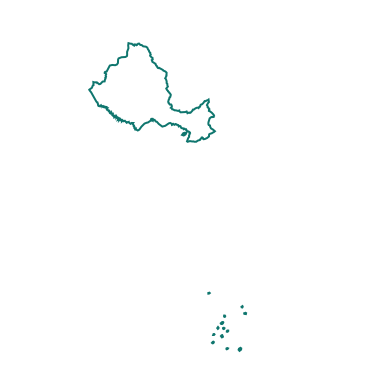 Mamuju, Sulawesi Barat, Indonesia, rotated 238°
{"feature_id": "22746128B65468173429736", "entity_name": "Mamuju", "entity_type": "district", "adm_level": 2, "iso_a3": "IDN", "parent_name": "Indonesia", "parent_adm1": "Sulawesi Barat", "projection": "mercator", "projection_center": [119.254, -2.427], "detail": "fine", "context": "isolated", "style": "outline", "palette": "teal", "viewbox_px": 384, "rotation_deg": 238, "n_neighbors": 0, "source": "geoboundaries", "source_scale": "gbopen_adm2", "svg_char_len": 6057}
<svg xmlns="http://www.w3.org/2000/svg" viewBox="0 0 384 384"><g transform="rotate(238 192 192)"><path d="M337.5,166.6L334.8,165.1L334.9,164.3L333.4,162.3L333.2,159.1L332.6,159.0L329.9,159.3L319.5,158.8L318.7,158.9L318.1,159.3L317.6,159.0L317.0,159.1L315.6,158.4L314.5,158.3L313.4,159.4L313.6,159.7L313.3,159.7L313.2,160.0L313.4,160.6L313.0,160.5L312.9,161.0L312.1,161.8L311.9,161.6L311.9,162.1L311.5,162.1L311.4,162.4L310.7,162.1L310.3,162.6L310.4,162.8L310.1,162.9L310.2,163.2L309.9,163.3L310.3,163.5L309.3,164.7L308.4,164.5L307.8,164.0L307.7,164.3L307.5,163.9L307.0,163.9L306.7,163.6L305.8,164.3L305.6,164.2L305.1,164.6L304.8,164.4L304.7,164.7L304.2,164.6L304.3,164.9L303.6,164.9L303.0,164.4L302.2,164.6L302.3,164.9L302.1,164.4L301.7,164.6L301.9,164.9L301.6,165.1L301.7,165.3L301.3,165.1L301.6,165.5L301.1,165.4L301.0,165.9L300.4,166.2L300.3,165.9L300.3,166.3L300.0,166.2L300.1,166.4L299.4,165.4L298.6,166.0L298.4,165.7L298.2,165.8L298.3,165.5L297.7,165.7L297.3,166.0L297.5,166.2L297.0,165.9L297.1,166.6L296.8,166.4L296.7,166.8L296.3,166.4L296.2,166.9L295.7,167.3L295.8,167.5L295.4,167.3L295.7,167.9L295.2,167.9L295.4,168.1L295.2,168.2L295.5,168.2L295.1,168.3L295.2,168.6L294.9,168.3L294.6,168.5L294.5,168.2L294.2,168.6L294.3,168.0L293.9,168.3L294.1,168.5L293.8,168.3L293.6,168.7L293.1,168.3L293.0,168.6L292.4,167.6L292.3,168.2L291.8,168.3L292.0,168.8L291.8,169.0L291.6,168.8L291.7,169.2L291.4,169.1L290.9,169.4L291.1,169.6L290.9,169.7L291.0,169.9L290.7,169.9L290.8,170.1L290.6,170.4L290.5,170.2L289.7,170.8L289.1,170.3L289.2,170.9L288.8,171.5L288.2,171.6L288.0,172.8L285.3,173.3L285.3,173.8L285.7,174.0L285.2,174.6L285.0,175.4L284.7,175.2L282.4,176.0L282.6,177.3L281.7,178.7L281.2,177.7L279.1,178.0L278.8,177.4L278.2,177.4L277.5,177.7L276.8,177.0L276.1,177.3L275.7,178.1L275.4,177.9L275.5,177.1L275.1,176.9L274.1,178.0L272.9,178.6L272.8,179.7L272.9,180.6L274.2,183.7L275.2,188.0L274.7,190.6L274.3,191.2L274.4,194.6L273.7,196.2L273.3,196.4L273.8,196.7L273.9,196.4L275.2,195.7L275.6,196.2L275.4,196.7L274.9,197.5L273.4,197.7L273.0,198.5L271.1,198.6L270.2,199.4L267.3,199.9L263.2,201.5L262.3,204.4L262.5,208.7L262.1,210.1L260.4,211.0L259.5,210.6L259.4,211.2L259.8,211.5L259.5,211.7L259.7,212.2L258.2,212.9L258.4,214.0L257.6,214.7L257.1,214.7L256.2,215.7L254.6,215.5L254.5,216.7L253.7,217.1L252.4,216.8L251.7,217.0L250.6,218.3L249.7,218.2L249.6,219.3L248.2,219.7L248.2,220.2L246.3,220.1L245.1,220.9L245.1,221.2L243.5,221.8L243.0,221.6L242.9,220.9L242.0,220.4L241.5,219.4L240.3,218.8L239.7,217.3L237.6,214.6L236.9,214.9L236.3,217.2L234.7,219.0L234.2,220.0L233.5,220.5L232.4,222.2L232.5,224.3L231.9,226.2L232.0,226.5L232.3,226.6L232.6,228.3L233.1,229.0L233.0,229.5L232.0,229.9L231.0,229.6L230.6,229.8L230.1,231.1L229.8,233.4L230.1,235.8L231.8,237.1L231.8,238.2L231.3,239.9L231.4,241.0L231.2,242.0L231.4,243.6L233.8,242.9L235.9,241.8L237.7,242.0L238.9,242.5L239.9,241.7L241.0,241.9L242.4,242.9L245.1,246.0L245.3,247.8L245.1,248.8L244.5,249.3L244.2,250.2L244.8,250.6L244.9,251.1L246.0,251.3L248.7,250.8L250.6,250.1L251.8,249.3L252.6,249.9L252.6,250.3L253.3,250.7L254.1,250.3L254.8,250.6L255.7,250.2L256.3,250.7L257.8,250.7L259.0,252.9L259.3,254.0L261.6,255.0L261.5,254.0L261.9,252.7L261.8,251.6L262.4,250.9L261.4,248.6L261.1,246.9L261.4,245.6L260.8,244.7L260.1,244.1L260.3,243.2L259.7,242.1L260.3,241.9L261.0,240.4L261.1,238.8L260.9,237.3L261.4,236.5L261.2,236.0L260.8,235.7L260.0,232.7L260.7,231.9L260.6,231.4L261.3,230.8L261.3,229.9L263.1,230.1L263.4,228.6L265.6,224.6L267.4,224.0L267.9,224.3L268.2,223.1L269.8,221.6L270.4,220.6L272.2,219.6L272.7,219.0L273.8,219.2L274.6,218.7L275.0,220.1L276.3,220.7L277.4,220.6L277.8,219.6L278.7,219.4L279.4,219.6L279.9,219.3L281.1,219.6L282.8,221.4L283.0,222.1L284.1,223.0L284.1,223.9L285.6,225.5L286.7,225.6L287.8,225.3L288.2,225.5L290.1,225.0L290.5,225.2L291.8,224.9L293.4,225.0L294.2,227.4L295.4,227.6L296.9,228.4L297.8,228.2L299.4,229.2L301.6,229.7L302.6,229.5L304.1,232.0L304.7,232.1L304.9,232.5L306.7,233.7L308.3,233.3L310.2,232.0L310.9,232.0L314.7,229.9L314.6,229.5L315.3,228.8L316.4,228.7L317.1,229.0L318.2,228.6L320.2,229.0L320.6,228.6L321.8,228.2L323.3,227.4L325.2,227.8L325.2,228.9L326.8,229.6L327.4,229.1L329.7,228.7L330.1,228.9L330.4,229.8L331.7,230.0L332.3,230.4L332.9,230.1L334.0,230.1L334.6,230.4L336.4,230.3L338.2,230.6L339.7,229.9L341.4,227.8L343.3,227.2L344.1,226.1L345.9,225.8L346.3,224.9L345.9,223.4L346.3,223.1L346.1,222.7L347.0,222.3L347.5,221.6L347.0,221.4L346.7,220.6L348.3,219.8L349.6,219.5L350.4,218.4L351.9,217.0L350.2,215.6L347.6,214.3L345.2,211.2L342.4,209.5L341.7,208.7L341.8,207.0L343.6,203.7L344.2,200.6L343.6,199.6L340.6,197.5L339.9,195.9L340.2,194.1L342.0,191.7L342.8,189.3L339.4,183.5L339.9,182.0L339.7,181.4L339.1,181.0L338.2,181.7L337.4,181.7L336.3,180.3L335.3,180.2L335.1,179.7L334.7,179.4L334.7,178.9L333.9,178.7L333.6,177.9L332.1,176.5L333.0,174.7L332.2,171.6L332.6,170.4L334.9,169.6L334.9,169.3L335.5,169.3L336.8,167.2L337.5,166.6ZM245.3,218.6L246.1,217.3L246.2,216.2L246.5,215.9L245.7,213.8L244.3,214.9L244.2,215.9L244.3,217.1L244.6,217.7L245.3,218.6ZM33.5,147.9L32.1,148.1L32.3,150.1L33.3,150.9L34.2,150.5L34.2,148.8L33.5,147.9ZM65.3,149.4L65.7,148.7L65.4,146.8L64.6,146.8L64.1,147.5L64.2,148.6L64.9,149.5L65.3,149.4ZM54.8,141.2L54.5,140.2L52.9,140.3L52.7,141.2L53.0,141.6L54.6,141.8L54.8,141.2ZM53.7,130.9L53.9,130.3L53.5,129.0L52.8,129.2L52.5,130.0L53.1,131.0L53.7,130.9ZM61.2,173.4L61.5,172.0L60.9,171.8L59.9,173.0L60.6,173.7L61.2,173.4ZM55.8,148.6L55.6,147.8L55.1,147.5L54.6,148.1L54.9,149.1L55.3,149.3L55.8,148.6ZM60.0,147.1L60.2,146.3L59.7,145.9L59.0,146.2L58.9,146.8L59.3,147.4L60.0,147.1ZM63.7,142.5L63.2,141.3L62.2,141.4L62.3,142.1L62.8,142.6L63.7,142.5ZM41.0,139.2L41.1,138.4L40.7,138.0L40.2,138.1L40.0,139.0L40.3,139.7L41.0,139.2ZM70.2,153.8L69.6,153.3L68.9,153.3L68.7,153.8L69.1,154.4L69.8,154.4L70.2,153.8ZM68.5,174.3L68.5,173.2L67.9,173.0L67.4,173.5L67.8,174.2L68.5,174.3ZM97.4,153.4L97.7,152.3L97.1,152.0L96.8,152.7L96.9,153.5L97.4,153.4ZM59.7,135.6L60.1,135.0L59.5,134.2L59.1,134.8L59.3,135.6L59.7,135.6Z" fill="none" stroke="#0f766e" stroke-width="2"/></g></svg>